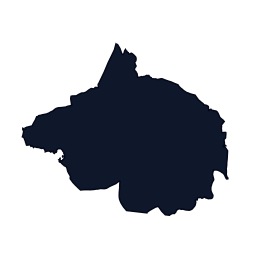 the district of Humbang Hasundutan, Sumatera Utara, Indonesia, rotated 186°
{"feature_id": "22746128B305851071948", "entity_name": "Humbang Hasundutan", "entity_type": "district", "adm_level": 2, "iso_a3": "IDN", "parent_name": "Indonesia", "parent_adm1": "Sumatera Utara", "projection": "natural_earth1", "projection_center": [98.603, 2.238], "detail": "fine", "context": "isolated", "style": "filled", "palette": "ink", "viewbox_px": 256, "rotation_deg": 186, "n_neighbors": 0, "source": "geoboundaries", "source_scale": "gbopen_adm2", "svg_char_len": 5608}
<svg xmlns="http://www.w3.org/2000/svg" viewBox="0 0 256 256"><g transform="rotate(186 128 128)"><path d="M193.3,89.2L193.1,89.0L193.0,88.6L192.9,87.5L192.4,87.0L191.6,86.9L191.0,86.7L190.6,86.4L190.5,86.2L190.2,86.0L190.1,85.7L189.7,85.6L189.4,85.4L188.8,84.8L188.0,84.4L187.6,83.9L185.8,83.3L185.2,82.9L184.5,81.7L184.1,80.8L183.7,79.3L182.8,77.6L180.6,74.6L180.2,73.7L180.0,73.1L180.3,72.6L180.2,71.8L180.0,71.3L176.8,67.8L176.3,67.5L175.6,66.8L175.1,66.5L174.9,66.3L174.8,66.1L171.1,63.2L168.7,61.4L166.2,61.9L163.6,62.3L159.0,62.7L155.6,63.3L153.4,63.9L152.9,64.2L152.4,64.0L150.5,64.5L149.1,65.0L145.2,65.2L143.0,65.9L140.2,68.0L134.4,71.4L131.5,74.1L130.1,75.1L130.3,74.9L130.4,73.9L130.2,69.9L130.0,67.7L129.9,62.9L129.7,60.0L129.5,58.8L129.1,56.8L128.4,55.2L127.7,53.9L127.3,53.3L127.1,52.8L124.3,49.2L120.8,45.8L100.4,45.6L100.4,45.9L99.2,47.2L97.8,48.4L92.6,52.1L90.5,53.0L89.8,53.1L88.7,52.3L88.3,51.8L85.7,48.8L81.8,45.6L77.6,45.6L76.9,46.4L75.2,47.5L74.1,47.8L73.0,47.8L71.8,49.3L71.2,51.2L69.7,52.6L67.6,53.2L66.9,52.7L65.1,53.0L63.8,52.9L62.3,52.6L59.8,52.6L58.1,52.7L56.0,53.9L54.7,55.6L53.3,57.9L53.0,59.6L52.9,61.3L53.5,63.1L53.4,63.5L53.0,63.6L52.5,63.6L51.6,63.8L51.7,65.4L51.6,65.7L51.0,66.1L50.1,66.1L49.7,66.3L48.4,66.6L48.1,66.4L47.6,66.0L47.1,66.0L46.7,66.0L45.5,66.9L44.8,67.3L44.3,67.3L43.5,66.7L42.9,66.5L42.6,66.6L42.0,66.5L40.9,66.1L37.9,66.6L37.2,67.0L36.9,67.4L36.6,68.0L36.5,69.2L36.5,69.7L36.8,70.5L37.5,71.4L38.7,73.6L39.1,74.8L39.3,75.9L39.4,77.1L39.4,78.5L39.1,79.5L39.0,80.7L38.5,82.7L37.6,84.8L37.4,85.2L37.4,85.6L37.6,86.5L38.6,89.1L39.0,90.4L39.1,90.9L39.1,91.7L38.8,94.1L38.2,95.0L37.8,95.2L36.5,95.5L35.4,95.5L34.3,95.5L33.6,95.2L32.5,94.9L31.0,94.3L30.1,93.7L28.9,93.2L27.7,92.2L26.7,90.9L26.2,89.9L25.0,88.0L24.4,87.6L23.4,87.9L23.4,88.6L24.4,89.6L24.8,90.4L25.3,91.6L25.5,92.7L25.5,93.7L25.7,95.7L26.1,97.9L26.0,99.5L26.0,101.8L26.2,103.4L26.2,105.4L26.2,107.7L26.6,115.7L28.5,118.0L29.2,118.7L29.8,119.3L30.4,119.6L30.1,118.7L30.8,119.4L31.5,120.0L29.1,120.6L30.8,121.9L30.6,122.3L30.5,122.9L30.9,124.7L31.5,126.8L31.1,126.8L30.0,128.3L30.0,129.1L30.1,132.6L30.3,133.7L30.9,133.8L31.6,133.6L32.2,133.6L33.3,133.2L34.1,133.1L34.3,133.2L34.4,133.7L34.6,134.8L35.0,136.6L35.2,137.7L35.1,139.2L35.5,140.6L33.0,144.5L34.5,145.9L36.2,146.9L37.8,148.1L39.9,151.9L41.2,153.5L42.1,154.0L43.5,154.2L44.2,153.5L44.7,154.3L45.7,154.4L46.8,154.4L47.5,155.3L49.7,154.0L50.4,157.8L52.1,158.7L54.9,159.0L55.4,159.4L55.9,160.1L57.2,160.8L58.9,162.0L60.9,163.3L64.8,167.7L66.2,167.9L67.8,168.1L69.2,168.4L70.3,168.5L71.2,169.0L72.1,169.1L73.7,169.5L75.5,170.5L77.1,171.2L77.4,171.7L79.7,173.1L81.6,174.6L82.9,176.2L86.0,177.0L90.0,178.3L92.6,178.8L96.8,179.8L99.1,180.5L100.4,180.4L102.5,179.7L103.0,179.3L103.6,179.4L104.6,179.3L105.4,179.8L106.3,179.5L107.8,179.6L108.6,179.4L109.6,179.6L110.1,180.4L111.4,180.9L111.9,181.3L112.8,182.4L113.8,182.2L115.1,182.2L115.9,181.6L117.1,180.9L118.1,180.8L119.1,180.2L120.2,180.5L121.2,179.8L123.7,179.4L124.8,183.3L125.3,183.6L125.5,183.8L125.7,184.1L126.0,184.9L127.2,185.8L127.8,186.5L127.6,187.9L127.4,188.9L127.0,189.4L126.8,189.8L126.6,189.9L126.6,190.9L127.5,192.0L127.8,193.0L128.3,194.0L127.9,194.8L127.3,195.6L127.2,196.4L127.2,197.4L127.4,198.4L127.8,199.4L129.6,201.0L131.7,202.4L132.6,202.7L133.9,201.8L135.1,201.8L135.5,202.9L136.6,203.4L136.9,203.8L137.1,203.3L138.7,205.8L139.4,204.4L139.8,201.8L140.5,200.7L140.7,200.4L141.8,200.9L144.3,206.1L146.9,209.6L147.4,210.0L148.3,209.9L148.4,210.2L148.7,210.4L149.7,204.2L151.2,200.0L154.4,191.2L157.4,181.3L161.8,168.9L162.2,168.4L161.7,165.1L163.2,164.7L163.9,165.1L164.8,164.9L165.1,164.6L165.8,163.3L168.7,163.4L170.8,161.8L173.4,159.3L175.7,158.2L177.8,157.9L181.1,155.9L181.8,155.2L183.0,154.5L186.3,154.1L187.9,153.6L188.0,152.4L188.0,150.8L187.7,150.1L187.6,149.3L187.1,147.7L186.4,144.6L188.0,144.0L190.7,143.1L192.0,142.3L196.5,141.3L197.8,141.1L199.7,140.7L201.5,139.9L203.1,138.6L204.4,137.1L206.3,136.0L208.4,134.5L210.0,133.7L210.4,133.4L213.5,132.5L215.0,132.0L216.1,131.5L218.0,131.0L218.6,130.4L219.0,129.6L220.0,129.6L220.9,126.4L222.3,123.3L223.2,121.0L223.5,120.0L224.8,119.6L225.1,119.5L227.9,118.4L228.4,118.4L228.8,118.1L229.0,117.9L230.3,117.3L230.3,116.1L230.7,116.0L231.5,116.1L232.5,116.7L232.6,115.8L232.3,115.3L232.0,114.9L231.7,114.3L231.4,113.6L231.4,113.2L231.7,110.4L232.1,108.2L231.4,108.0L230.9,107.7L230.2,107.2L229.6,105.8L229.4,105.3L228.5,104.2L228.6,103.5L228.1,102.7L227.2,100.5L226.8,100.3L226.4,100.5L226.1,100.5L224.3,100.9L223.3,100.9L223.1,100.7L222.6,99.7L222.3,99.9L222.5,99.7L221.2,100.1L219.9,98.8L219.6,99.3L218.7,99.6L217.8,99.5L217.2,99.2L216.1,99.2L216.0,99.3L215.1,99.3L213.9,99.1L212.6,98.8L211.8,98.6L210.3,99.2L209.9,99.1L208.9,98.1L208.0,96.7L207.8,95.7L206.2,96.5L204.4,96.9L203.6,96.6L203.0,96.6L202.2,96.0L201.5,96.7L199.9,97.1L200.0,96.8L200.1,96.3L199.5,95.6L198.7,95.0L197.6,96.3L197.2,96.2L196.9,96.3L196.8,96.5L196.6,96.9L196.6,97.4L196.7,98.7L195.8,99.6L195.3,100.1L194.8,100.3L193.8,100.3L193.0,100.5L192.5,100.3L191.6,99.7L190.7,98.8L190.4,98.2L190.1,97.9L189.6,97.4L189.2,97.1L189.2,96.4L189.0,95.7L188.5,95.3L188.4,94.9L188.3,94.0L188.1,93.8L188.1,93.2L187.9,92.6L187.9,92.3L188.0,91.9L188.2,91.2L188.5,90.9L188.7,90.4L188.9,90.2L189.5,89.7L189.6,89.1L189.9,88.7L190.2,88.5L190.6,88.4L191.4,88.5L191.9,88.6L192.3,89.0L192.5,89.2L192.9,89.3L193.3,89.2ZM189.8,93.4L190.1,93.4L190.2,93.1L190.1,92.9L189.8,92.3L189.6,92.4L189.6,92.7L189.6,93.1L189.7,93.3L189.8,93.4ZM192.5,90.1L192.3,90.1L192.3,90.6L192.4,90.8L192.5,90.7L192.4,90.6L192.5,90.1Z" fill="#0f172a" stroke="#020617" stroke-width="1.5"/></g></svg>